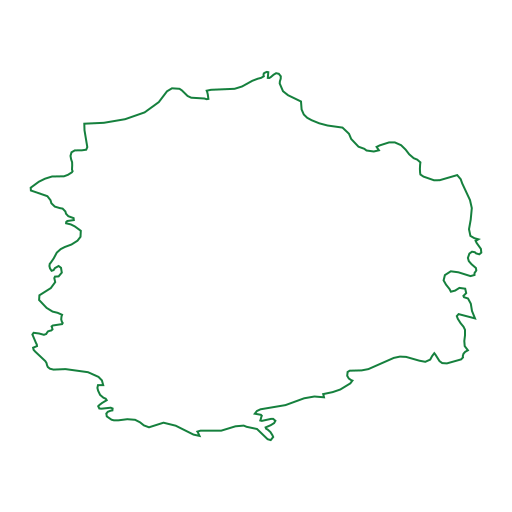 SVG path tracing the border of Pirkanmaa
{"feature_id": "FIN-3186", "entity_name": "Pirkanmaa", "entity_type": "Region", "adm_level": 1, "iso_a3": "FIN", "parent_name": "Finland", "parent_adm1": "", "projection": "robinson", "projection_center": [23.692, 61.717], "detail": "fine", "context": "isolated", "style": "outline", "palette": "green", "viewbox_px": 512, "rotation_deg": 0, "n_neighbors": 0, "source": "natural_earth", "source_scale": "10m", "svg_char_len": 3909}
<svg xmlns="http://www.w3.org/2000/svg" viewBox="0 0 512 512"><path d="M301.0,101.5L301.6,109.5L303.8,114.5L307.2,117.8L311.6,120.2L319.2,123.3L327.5,125.5L342.5,127.6L349.0,133.8L351.2,139.0L358.5,146.7L364.3,148.8L366.5,150.5L373.8,151.5L378.9,150.3L376.6,146.9L379.7,145.4L389.1,142.4L394.8,142.4L401.1,145.2L405.6,149.6L409.2,154.3L413.7,158.2L417.2,159.6L420.4,162.4L420.1,164.8L419.9,168.9L420.1,172.7L420.4,174.5L423.5,176.6L434.1,180.3L439.7,180.2L457.2,175.1L460.7,179.2L462.2,183.4L470.0,200.1L471.8,208.1L470.7,219.7L469.0,229.2L470.4,235.9L474.4,238.2L478.4,239.3L476.7,240.3L475.6,240.8L476.6,242.9L480.9,248.9L481.3,252.6L479.3,254.3L476.1,253.4L474.8,252.2L472.0,251.7L469.4,253.6L467.9,257.9L468.8,261.1L471.5,264.2L475.9,268.0L476.3,270.4L475.5,271.7L474.7,272.6L474.5,273.5L474.5,275.0L470.5,276.1L458.4,272.3L450.8,271.3L444.9,275.1L443.6,280.4L446.0,284.6L449.5,289.0L450.9,291.7L455.1,290.6L459.4,287.9L465.2,288.7L466.2,293.1L463.4,295.9L464.0,297.2L468.0,298.5L470.8,303.7L472.0,311.0L475.0,318.4L458.6,314.1L456.8,316.1L457.8,318.8L460.6,323.2L463.5,326.7L465.0,329.8L465.0,335.4L464.3,341.0L464.7,346.1L467.9,350.3L465.2,351.8L463.5,353.7L462.8,356.0L463.0,357.4L461.1,359.4L446.9,363.4L442.2,363.1L439.5,361.1L435.4,354.6L434.3,353.2L432.1,356.1L430.2,359.6L425.3,361.8L419.4,360.7L406.1,356.9L399.9,356.6L393.8,357.9L368.4,369.1L361.6,370.4L349.7,370.7L347.6,372.0L347.2,375.8L348.8,378.5L351.3,380.2L352.4,380.6L350.3,383.4L340.3,389.5L332.7,392.1L323.2,394.1L323.4,394.7L324.0,397.3L314.4,396.5L304.1,398.3L285.5,405.1L260.5,409.3L256.9,411.0L254.8,413.7L260.9,414.8L261.8,415.8L261.4,416.6L260.6,419.7L260.3,420.5L261.8,420.9L270.9,418.9L273.2,418.9L275.4,420.8L274.1,423.1L270.7,425.2L265.6,427.4L266.1,428.7L267.7,429.6L270.4,432.0L272.4,435.2L273.2,437.0L270.7,440.1L267.6,439.2L257.0,429.0L246.6,426.8L243.7,425.6L235.5,426.3L221.1,430.7L200.4,430.7L197.4,431.6L197.8,432.2L199.5,435.9L193.5,434.6L175.7,425.7L163.5,422.7L149.0,427.3L143.9,425.4L140.0,422.3L135.1,419.8L127.3,419.2L118.6,420.3L113.8,420.3L111.5,419.7L106.8,416.4L106.3,413.6L107.8,411.8L110.6,410.7L112.4,410.4L112.6,408.5L110.7,407.7L101.5,408.7L99.3,408.5L98.2,406.2L99.5,404.9L102.3,402.8L106.7,400.2L105.7,398.7L103.4,397.7L100.1,394.9L98.1,390.7L97.4,387.9L98.0,385.1L103.2,385.1L101.9,380.4L98.5,376.9L88.0,372.2L65.5,369.1L53.5,369.6L49.9,368.7L47.8,367.0L47.0,365.1L46.5,363.0L45.3,361.1L35.1,351.5L33.6,349.8L33.1,347.7L37.0,346.1L36.8,344.5L36.0,343.0L32.4,334.5L33.6,332.8L39.1,333.5L43.9,334.8L46.2,334.0L47.0,332.7L48.0,331.4L49.7,330.8L51.2,330.5L52.5,329.4L52.0,327.4L51.9,327.0L51.6,326.4L52.8,325.5L62.1,324.1L62.7,323.0L61.9,321.8L61.2,319.4L61.5,316.5L62.1,314.8L57.6,312.8L52.6,311.6L46.6,307.9L39.1,300.0L39.4,295.3L50.8,288.1L55.2,282.1L54.3,278.1L55.0,276.6L58.6,276.4L61.8,272.6L61.0,267.8L58.6,266.0L54.9,268.1L53.6,270.1L51.6,270.8L50.0,268.4L49.4,266.0L49.8,263.7L50.6,262.9L53.7,258.4L56.8,252.6L60.7,249.1L64.8,247.0L71.5,244.5L77.5,240.7L80.5,236.8L80.8,230.8L74.8,226.4L70.8,224.4L66.1,223.3L66.2,222.0L67.3,221.0L73.8,220.1L73.6,218.1L68.3,216.2L66.0,213.7L65.4,211.5L62.6,208.6L59.8,208.1L54.8,206.6L51.4,203.3L50.5,200.2L47.4,196.2L30.9,190.5L30.7,187.7L38.9,181.7L45.0,178.7L52.0,176.5L64.0,176.3L68.0,174.8L71.9,172.3L72.6,171.2L72.0,169.6L72.2,165.2L72.1,162.2L71.1,159.2L70.5,155.9L71.5,152.3L74.8,150.4L82.0,150.3L86.2,149.7L87.3,147.1L84.5,130.3L84.3,123.7L103.9,122.8L125.1,119.2L144.6,112.4L158.8,102.1L167.0,91.3L172.0,88.3L179.5,88.8L181.9,90.4L187.6,96.0L191.2,97.7L204.4,98.5L206.6,99.2L208.4,98.9L207.8,94.5L207.2,92.0L206.7,90.7L211.0,89.8L234.6,88.8L242.0,86.5L252.3,80.8L257.8,78.7L261.0,77.9L263.8,76.3L263.5,74.9L263.8,73.4L265.3,72.5L266.9,71.9L268.3,72.2L267.8,77.9L269.3,78.0L270.9,77.0L273.6,74.7L276.1,73.2L278.8,73.8L280.8,76.3L280.7,78.8L279.9,81.2L279.7,83.5L283.0,91.2L288.0,95.2L301.0,101.5Z" fill="none" stroke="#15803d" stroke-width="2"/></svg>